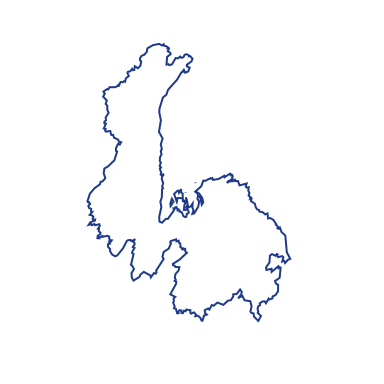 the Territory of Khabarovsk, rotated 308°
{"feature_id": "RUS-2614", "entity_name": "Khabarovsk", "entity_type": "Territory", "adm_level": 1, "iso_a3": "RUS", "parent_name": "Russia", "parent_adm1": "", "projection": "robinson", "projection_center": [136.924, 54.6], "detail": "fine", "context": "isolated", "style": "outline", "palette": "blue", "viewbox_px": 384, "rotation_deg": 308, "n_neighbors": 0, "source": "natural_earth", "source_scale": "10m", "svg_char_len": 6040}
<svg xmlns="http://www.w3.org/2000/svg" viewBox="0 0 384 384"><g transform="rotate(308 192 192)"><path d="M141.2,295.7L136.7,293.7L141.6,293.8L143.8,292.9L144.8,289.9L139.1,290.0L136.8,287.5L135.0,288.8L130.6,289.2L128.4,287.2L122.4,286.2L120.5,280.1L115.7,279.1L115.1,277.2L110.0,278.1L110.1,276.4L106.7,274.8L104.7,276.7L104.5,279.1L102.0,277.5L97.2,279.5L96.5,278.9L98.0,275.9L98.1,272.7L96.2,271.1L98.0,270.4L98.3,267.6L95.6,266.2L95.8,265.0L97.9,263.5L95.8,259.9L94.1,260.4L93.5,258.8L90.8,259.4L90.2,258.1L92.1,256.5L91.1,254.9L88.8,254.9L88.3,256.0L87.3,255.0L90.0,251.3L89.3,249.4L91.2,248.8L93.2,245.2L94.8,245.0L96.8,243.0L99.0,243.4L98.0,237.9L109.7,236.0L111.6,234.9L111.3,233.1L112.8,233.3L113.9,231.2L117.1,229.5L121.7,229.8L125.0,228.3L122.7,225.0L123.2,223.8L122.7,222.0L123.5,221.2L131.0,223.8L141.0,225.4L141.1,223.2L143.0,221.6L141.3,220.4L142.0,219.8L141.0,219.1L141.8,217.9L141.4,216.8L144.2,214.5L144.1,212.7L145.4,211.5L143.5,210.1L144.9,208.6L140.2,205.4L138.7,205.9L138.6,207.1L133.0,208.5L127.3,206.6L122.6,208.7L121.8,210.9L107.9,212.1L106.9,213.5L105.2,213.6L104.7,211.9L99.4,212.1L100.6,210.5L99.4,203.2L95.2,202.2L92.8,202.9L86.1,200.4L87.7,197.0L90.8,194.3L95.6,193.7L97.2,190.0L97.0,188.8L107.2,184.1L107.0,182.4L108.4,181.6L112.5,181.2L112.2,179.2L115.5,179.0L116.5,177.9L116.5,176.3L119.9,176.2L117.5,175.4L115.9,174.1L116.4,173.1L114.8,171.3L113.1,170.8L105.3,172.3L96.3,172.2L94.1,171.2L93.5,167.6L94.9,163.9L96.6,162.6L97.2,159.3L99.5,157.9L100.7,159.1L102.0,157.0L103.5,157.8L103.3,158.6L104.5,158.5L103.9,157.6L104.3,155.3L105.9,154.2L105.4,152.3L101.5,149.0L102.1,148.5L99.5,147.0L98.5,147.6L97.4,145.9L99.5,144.7L102.5,145.7L103.7,144.9L103.6,142.8L105.6,141.4L105.1,140.6L108.6,140.2L109.6,138.9L106.1,136.0L106.6,134.7L104.2,133.4L104.6,132.4L102.5,130.8L105.7,130.6L109.8,133.1L110.7,132.6L109.4,131.5L109.6,130.2L111.8,129.5L112.0,127.8L111.0,125.5L114.7,125.6L114.1,124.9L116.6,122.9L116.1,120.6L117.2,118.9L119.8,119.1L120.6,117.4L119.9,116.9L120.2,115.4L127.7,112.6L135.3,112.9L141.2,114.7L143.8,113.7L145.4,115.0L149.5,115.2L152.5,110.8L156.6,108.5L160.6,110.1L169.1,111.3L177.8,108.1L177.6,106.7L179.7,105.1L184.4,104.1L184.9,105.9L187.6,105.5L186.6,103.6L187.8,101.5L186.8,97.1L188.4,94.7L187.3,93.1L189.7,90.1L186.5,86.8L186.9,85.7L188.5,85.1L187.8,83.4L192.8,82.1L192.1,80.9L193.2,79.7L195.5,80.1L197.6,78.1L203.1,77.5L204.5,74.8L207.9,72.0L208.3,69.7L211.7,68.5L212.4,63.3L215.8,62.7L216.6,60.4L220.8,61.7L221.3,62.9L223.8,62.5L227.0,66.6L229.4,68.1L231.0,68.0L230.9,68.9L234.7,68.0L235.8,69.8L237.4,70.2L237.7,71.4L240.9,69.9L244.5,70.8L246.1,67.8L247.2,67.5L249.1,69.0L252.1,69.0L251.5,70.3L252.6,71.4L255.9,69.5L256.2,73.2L259.7,73.6L263.6,71.6L263.9,69.7L265.4,68.7L268.2,68.4L270.8,69.9L274.6,70.1L277.7,68.4L283.7,70.8L288.5,75.0L289.1,78.3L291.0,78.7L290.1,80.2L291.0,81.7L291.1,83.6L290.2,84.1L291.1,85.0L290.7,85.7L288.1,86.1L288.3,89.4L287.4,90.3L283.1,89.2L276.7,93.5L278.3,94.8L277.9,96.0L280.4,97.7L287.5,96.6L288.7,98.7L291.4,99.2L291.2,101.0L292.9,102.3L295.6,101.7L297.1,102.7L297.7,104.9L297.0,105.9L297.9,106.7L297.4,110.3L294.6,111.2L289.2,109.6L287.8,110.6L288.5,113.6L284.7,114.8L281.8,113.2L283.3,110.3L281.5,110.3L281.5,111.1L279.7,110.0L271.4,111.1L257.8,110.2L252.8,111.9L248.6,110.9L237.6,115.1L234.6,117.2L229.4,123.3L219.0,129.0L216.1,135.9L210.3,138.1L207.3,141.8L205.2,142.1L202.7,144.9L199.9,145.3L196.6,147.5L196.0,149.4L192.7,150.4L192.2,153.2L191.8,152.0L190.6,152.3L188.1,156.0L186.5,156.5L186.4,157.7L188.1,158.4L187.7,159.1L185.7,158.9L183.7,160.1L181.3,163.8L177.8,165.2L177.1,166.9L175.9,166.6L169.2,171.5L164.8,173.1L161.3,177.1L152.3,181.4L148.6,184.6L149.4,187.3L154.7,187.9L155.9,189.5L166.1,189.1L167.7,187.6L168.0,188.7L169.8,188.2L170.6,189.1L169.6,190.4L170.0,191.8L168.7,192.1L169.8,193.7L168.9,194.3L169.7,196.4L167.7,200.1L168.0,202.2L169.0,202.8L171.6,201.4L173.5,202.2L174.5,201.5L175.9,198.4L174.1,198.3L172.9,196.6L177.2,193.9L181.7,193.7L178.4,197.6L177.8,196.6L176.1,197.0L176.3,198.2L179.8,199.8L183.3,199.6L180.0,201.8L178.5,204.5L174.9,205.7L176.5,206.9L184.1,206.0L187.1,204.5L188.9,203.4L189.9,200.5L192.7,199.0L192.7,201.9L188.0,207.5L190.9,207.2L193.7,203.5L195.2,198.8L195.1,197.3L193.8,197.7L194.8,195.0L193.4,194.1L202.0,195.8L208.0,193.9L208.7,195.4L214.3,198.1L214.2,199.0L215.5,199.5L214.5,201.2L218.9,205.1L225.7,207.8L223.7,207.6L223.5,208.5L229.8,210.7L229.2,212.1L230.0,212.1L230.2,213.3L229.3,214.5L227.0,214.9L228.0,215.2L227.1,216.0L222.7,213.8L220.7,213.9L223.7,215.2L225.7,217.7L228.1,218.3L227.3,219.5L228.9,221.5L226.5,225.4L232.3,229.8L229.6,230.7L229.0,232.2L230.7,233.8L227.7,235.5L226.6,237.9L224.0,238.8L223.9,241.0L222.6,241.7L223.9,242.1L223.6,243.0L221.1,244.0L221.5,248.7L219.2,251.6L218.4,254.3L219.1,255.7L218.1,257.1L219.6,260.3L219.4,263.5L221.6,264.7L218.0,268.2L219.7,269.8L220.1,273.3L218.5,278.1L217.1,278.2L217.9,278.4L217.5,281.5L216.6,281.6L217.3,282.3L215.6,282.9L218.1,283.2L215.6,287.1L215.2,292.3L202.9,303.8L199.8,310.6L197.5,309.3L193.3,309.1L194.5,306.9L192.8,305.9L196.9,304.1L197.0,302.6L193.6,299.8L194.2,298.1L195.5,297.9L195.3,297.0L193.1,296.9L192.3,293.2L189.8,292.6L184.2,296.4L178.1,296.8L176.4,298.6L180.4,301.9L178.1,303.9L186.5,305.7L185.4,307.1L186.7,307.3L187.0,308.4L178.3,313.9L173.0,312.2L171.5,314.6L171.9,317.0L166.8,320.9L162.1,321.3L159.4,319.8L157.7,320.9L154.6,318.9L155.0,318.1L149.8,318.7L150.6,316.6L149.0,314.8L146.0,313.9L144.8,315.3L142.8,314.6L140.4,315.5L138.4,318.0L137.2,318.2L136.8,322.7L131.2,323.6L132.0,317.6L134.2,315.3L133.3,312.9L133.7,311.7L138.8,309.2L141.8,305.1L139.0,300.0L141.2,295.7ZM183.5,182.2L187.7,181.7L185.2,183.4L184.9,185.7L181.4,188.6L178.4,184.3L175.0,186.0L179.4,179.1L184.4,179.9L184.8,180.7L183.5,182.2ZM174.3,180.3L173.1,183.4L167.8,183.8L169.6,182.0L174.3,180.3ZM181.4,192.9L184.0,190.5L182.7,192.6L181.4,192.9ZM180.2,189.5L180.4,192.3L179.5,192.4L179.2,190.4L180.2,189.5ZM187.6,187.3L188.0,187.0L187.6,187.3ZM201.2,189.3L201.4,189.0L201.6,188.8L201.2,189.3Z" fill="none" stroke="#1e3a8a" stroke-width="2"/></g></svg>